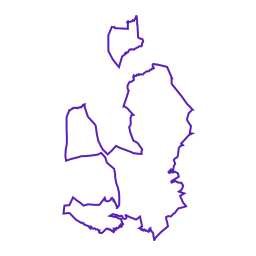 Heroica Ciudad de Huajuapan de León, Oaxaca, Mexico (orthographic projection)
{"feature_id": "50627088B27284729610040", "entity_name": "Heroica Ciudad de Huajuapan de León", "entity_type": "district", "adm_level": 2, "iso_a3": "MEX", "parent_name": "Mexico", "parent_adm1": "Oaxaca", "projection": "orthographic", "projection_center": [-97.814, 17.883], "detail": "fine", "context": "isolated", "style": "outline", "palette": "violet", "viewbox_px": 256, "rotation_deg": 0, "n_neighbors": 0, "source": "geoboundaries", "source_scale": "gbopen_adm2", "svg_char_len": 5835}
<svg xmlns="http://www.w3.org/2000/svg" viewBox="0 0 256 256"><path d="M65.6,151.4L65.4,156.1L66.1,160.7L71.1,159.0L78.2,157.2L81.7,156.1L85.4,156.1L89.9,155.7L97.8,154.6L101.2,152.9L105.2,157.3L106.9,162.7L114.1,168.8L115.2,174.5L115.1,176.0L115.2,177.4L116.2,182.9L117.1,185.5L118.0,188.0L118.4,190.4L118.8,191.2L119.2,195.3L119.3,198.9L119.2,204.9L117.7,207.4L117.4,207.8L116.9,207.9L117.0,206.8L116.2,205.4L116.2,204.7L114.6,201.8L113.4,201.0L114.1,200.3L112.0,197.8L111.3,198.3L110.8,199.6L110.6,199.9L108.9,201.0L108.5,201.2L107.6,201.3L106.3,201.1L105.3,200.6L105.4,199.6L104.8,197.8L99.5,204.8L95.2,204.9L87.9,204.3L83.6,205.6L79.3,202.0L77.5,201.0L73.0,197.4L69.4,205.2L64.4,205.6L63.5,213.6L68.7,213.0L69.7,213.2L75.8,219.6L81.3,222.9L81.9,222.6L82.6,223.3L83.7,223.3L83.7,223.6L83.9,223.9L84.2,224.5L84.8,224.7L84.9,224.9L85.4,225.2L85.8,225.2L88.5,226.1L88.4,226.4L88.6,226.6L88.9,226.8L89.9,227.9L89.9,227.3L90.7,226.5L91.5,227.0L91.3,227.8L91.6,228.3L93.3,228.7L94.2,228.3L95.0,228.6L95.4,229.3L97.4,229.3L98.2,229.9L98.4,230.5L98.7,230.6L99.4,230.5L99.0,232.1L99.5,232.6L100.0,232.5L100.5,233.1L102.2,232.8L106.5,228.6L107.2,228.8L107.8,228.7L108.1,229.2L108.8,229.5L109.5,229.3L109.8,229.7L110.5,229.6L110.9,230.3L111.5,230.7L112.3,230.4L112.5,230.5L112.4,231.3L113.0,231.6L113.3,232.1L113.6,232.2L114.8,230.3L113.9,228.5L114.2,228.5L115.3,229.5L116.2,229.5L116.5,229.3L116.6,228.4L116.4,228.0L116.4,227.8L116.6,227.7L117.4,228.0L118.5,228.0L119.0,226.9L119.3,226.6L121.3,226.9L121.6,226.8L121.7,226.5L121.5,226.2L119.8,226.0L119.6,225.8L119.7,225.6L120.4,225.1L120.9,224.3L122.4,224.8L123.1,224.4L123.1,224.1L123.0,223.8L122.4,223.2L121.6,221.5L121.6,220.8L121.4,220.4L121.2,219.1L121.0,218.8L118.3,218.4L117.3,217.8L116.7,216.9L116.1,216.8L115.2,217.0L109.8,215.9L112.8,214.2L113.4,214.1L115.2,214.8L116.7,214.9L119.4,216.1L120.6,216.1L121.1,215.7L121.7,215.9L122.2,216.2L122.5,216.8L122.9,218.1L123.7,218.7L124.6,218.9L125.7,218.8L126.2,218.3L126.5,217.7L126.5,217.1L126.3,216.5L125.1,214.7L129.3,216.9L136.1,219.6L140.0,216.6L142.1,226.4L139.8,227.9L141.3,227.9L141.5,228.5L141.0,228.7L140.6,229.2L140.7,229.4L141.6,229.9L143.0,229.9L143.3,229.7L143.5,229.7L143.3,230.5L143.7,230.6L144.1,230.3L144.5,229.7L144.6,229.8L144.6,230.3L145.6,230.3L145.9,230.8L146.6,230.6L146.9,231.0L147.5,231.2L148.6,231.8L149.2,231.5L149.2,230.4L149.1,229.8L149.2,229.4L149.6,229.1L149.6,228.8L150.4,228.2L150.5,229.3L151.6,231.4L153.1,232.9L153.3,233.6L153.4,235.9L154.1,238.8L154.1,240.6L155.4,237.9L157.7,235.5L160.8,232.3L168.0,226.3L167.7,225.4L167.5,223.7L166.1,218.5L166.2,217.0L168.2,216.1L170.8,216.5L173.3,214.0L175.0,212.7L178.3,208.4L182.9,207.3L186.1,206.3L185.8,205.7L183.1,202.7L180.1,195.9L184.3,193.4L178.9,191.6L181.6,189.7L183.2,186.1L182.8,185.1L181.3,182.7L179.9,182.8L177.3,182.3L177.0,181.8L176.4,181.8L175.5,181.0L174.9,181.1L172.8,182.1L172.0,182.6L171.5,182.5L171.3,182.0L171.3,181.5L171.6,181.0L178.8,176.7L177.9,173.3L174.3,171.5L172.9,172.6L172.4,172.5L170.9,171.5L170.6,171.6L170.3,172.4L169.8,173.0L169.2,172.9L168.6,172.2L168.6,171.7L169.5,171.3L170.2,170.4L170.6,169.5L171.1,169.3L171.6,169.8L171.6,170.7L171.9,171.3L172.5,171.1L173.1,169.9L174.0,165.6L175.2,163.8L173.8,160.0L174.7,158.7L177.4,157.0L178.0,155.0L178.8,148.0L180.9,145.5L181.0,145.8L183.0,145.2L181.3,143.4L188.9,135.1L192.2,133.5L189.8,133.0L191.0,126.0L190.5,125.5L187.1,120.2L187.2,118.3L188.7,113.3L191.7,110.2L192.4,109.5L192.5,109.5L186.8,103.6L181.5,96.1L171.7,83.9L171.5,78.3L172.0,78.3L167.1,66.9L156.8,64.4L156.1,64.6L155.3,64.3L154.6,64.3L153.9,63.9L153.0,64.1L152.7,64.4L152.6,65.7L153.9,68.3L153.7,68.5L153.2,68.2L152.5,68.3L152.2,68.4L152.0,68.6L151.7,69.5L151.4,69.7L150.2,69.7L149.0,71.3L148.1,71.2L146.7,71.4L144.2,73.0L142.8,74.5L141.4,74.4L140.7,74.6L139.7,74.3L139.1,74.7L138.5,74.3L138.4,74.5L138.4,75.1L137.2,75.0L136.9,74.8L136.3,75.8L135.7,75.7L135.4,76.0L134.9,76.2L134.4,76.1L133.8,75.4L133.3,76.5L133.2,77.2L133.4,77.6L133.7,77.8L133.9,78.5L133.9,78.9L133.6,79.4L133.8,80.0L132.4,81.1L131.2,81.7L130.6,81.9L129.9,81.8L129.1,82.6L128.4,84.1L127.7,85.0L127.5,87.4L127.6,88.5L127.9,89.4L128.7,90.6L126.2,98.6L123.6,105.9L123.5,106.6L124.7,106.5L127.8,108.7L129.4,110.7L133.4,114.9L131.4,115.3L130.8,116.9L130.5,118.5L130.8,123.3L130.3,125.4L129.1,127.1L130.4,132.6L133.3,140.6L137.6,142.9L142.2,149.4L141.6,150.9L141.5,154.0L140.2,153.8L138.4,153.8L135.6,153.4L133.0,153.1L131.4,152.1L122.1,148.7L118.2,147.1L116.0,145.9L111.7,150.7L107.7,154.4L102.6,149.3L100.1,144.7L99.6,143.3L98.3,140.9L96.8,133.9L95.7,125.7L94.7,124.2L87.9,116.7L84.5,106.6L84.7,104.4L84.3,104.6L83.3,104.7L82.2,106.0L82.2,106.5L81.7,106.7L81.1,107.3L80.3,107.0L80.0,107.1L79.8,107.5L78.6,107.6L78.0,108.2L77.5,108.1L77.2,108.2L76.7,107.7L75.9,108.0L74.8,107.8L74.1,107.9L73.3,108.3L73.0,108.3L72.8,108.1L72.6,108.1L72.3,108.5L71.8,108.9L71.7,109.2L70.2,109.9L69.9,110.2L69.1,110.3L69.1,111.5L68.5,112.3L66.6,117.1L66.6,130.5L66.9,136.8L66.8,144.0L65.8,149.6L65.6,151.4ZM112.1,26.2L108.3,35.5L108.4,51.1L112.9,59.7L119.0,67.1L122.1,56.5L125.5,53.9L125.1,53.2L125.3,52.9L125.9,52.5L126.3,52.4L126.6,52.5L126.9,52.9L128.0,52.2L128.6,50.8L128.9,50.7L129.0,50.3L129.3,50.1L129.6,49.6L130.1,49.5L130.4,49.6L130.7,49.3L131.3,49.3L131.7,49.2L132.3,49.5L133.3,49.5L133.8,49.3L134.2,49.5L135.0,48.7L138.1,47.2L139.1,46.4L140.1,46.2L140.7,46.3L141.2,46.3L141.9,45.6L142.1,44.0L142.0,43.3L142.2,42.8L143.1,41.9L143.1,40.8L142.5,39.4L141.9,38.9L140.5,38.8L138.1,37.4L137.5,25.2L137.2,24.5L137.0,24.0L137.2,22.9L137.2,21.5L136.5,15.4L135.2,18.7L134.0,20.9L133.3,20.6L132.9,20.1L131.9,20.9L132.0,21.2L131.5,21.5L130.7,21.6L130.2,21.9L128.8,21.9L128.5,21.6L128.3,22.3L128.0,22.2L127.6,21.7L127.1,22.3L127.9,23.5L127.8,25.7L127.9,28.8L115.0,28.2L114.4,26.9L113.2,27.2L112.4,27.2L112.0,27.0L112.1,26.2Z" fill="none" stroke="#5b21b6" stroke-width="2"/></svg>